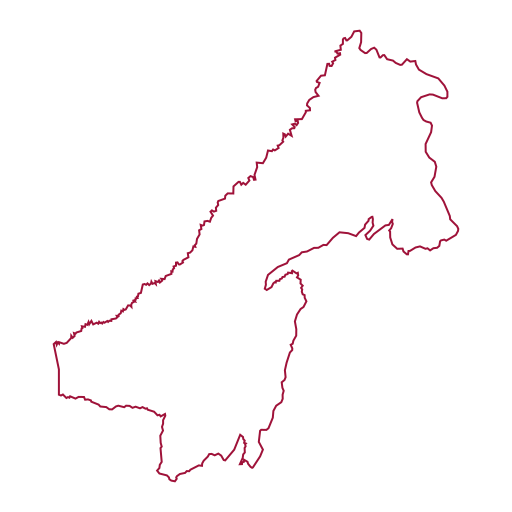 the district of Piedras, Tolima, Colombia
{"feature_id": "7082276B38653982306093", "entity_name": "Piedras", "entity_type": "district", "adm_level": 2, "iso_a3": "COL", "parent_name": "Colombia", "parent_adm1": "Tolima", "projection": "robinson", "projection_center": [-74.942, 4.491], "detail": "fine", "context": "isolated", "style": "outline", "palette": "rose", "viewbox_px": 512, "rotation_deg": 0, "n_neighbors": 0, "source": "geoboundaries", "source_scale": "gbopen_adm2", "svg_char_len": 6012}
<svg xmlns="http://www.w3.org/2000/svg" viewBox="0 0 512 512"><path d="M415.3,61.0L410.3,61.6L406.9,59.2L401.9,64.7L400.2,64.9L395.7,62.9L393.0,60.6L387.1,59.2L384.3,55.1L382.9,55.2L380.5,57.5L379.5,57.4L376.4,49.7L374.2,47.7L371.1,49.0L366.7,53.0L365.1,53.1L360.6,50.0L359.3,48.1L361.1,42.2L361.3,33.0L359.7,30.7L354.2,31.4L351.4,36.8L347.2,40.4L346.4,40.4L345.1,38.0L343.6,38.4L342.9,39.5L342.9,43.9L340.4,45.6L340.8,49.8L334.6,51.4L336.6,51.9L337.5,53.6L340.0,53.2L340.2,54.7L335.0,57.7L335.4,60.0L332.2,61.7L333.1,63.3L331.6,66.0L329.6,65.9L329.1,63.8L327.4,63.9L324.9,75.3L321.0,75.7L316.6,81.0L316.9,81.9L319.6,82.9L318.1,86.8L316.0,88.0L315.2,89.8L315.6,92.1L318.5,95.8L313.4,97.1L309.3,99.9L307.2,103.4L307.0,105.4L309.9,108.0L310.0,110.3L305.8,110.8L305.8,112.3L301.9,119.1L295.1,119.3L295.6,121.3L297.7,120.9L298.1,122.9L296.6,125.1L294.9,123.7L292.2,124.4L294.7,127.0L294.3,128.2L292.0,128.3L289.9,129.8L291.6,135.8L288.1,133.7L285.7,136.6L284.8,134.3L283.3,133.6L283.4,137.7L282.4,140.4L283.2,141.7L279.4,145.2L277.7,145.6L278.6,148.0L274.8,150.4L273.1,149.5L271.9,151.2L268.0,150.5L266.2,157.7L262.9,163.2L256.7,162.6L257.2,167.1L254.5,174.9L255.5,179.6L254.0,179.8L253.2,177.1L250.5,176.1L248.3,178.0L249.4,180.5L245.7,184.7L243.2,182.9L241.3,184.7L239.9,181.9L238.5,181.9L233.5,186.4L233.3,193.5L227.7,193.4L225.3,195.7L225.0,198.6L218.3,201.0L217.7,202.5L218.2,205.0L215.9,207.7L216.2,210.8L213.9,211.6L211.9,210.4L210.5,211.7L213.0,215.6L211.2,217.9L209.9,221.7L207.5,220.9L204.5,221.4L204.0,225.0L202.6,225.6L200.7,224.9L201.4,229.0L199.1,230.3L199.6,234.4L197.0,238.9L196.3,243.6L194.8,245.2L195.3,246.8L193.4,246.4L192.4,250.3L190.1,252.6L187.8,253.2L188.4,257.3L183.4,259.9L182.4,261.1L183.0,262.5L179.8,264.5L178.7,264.3L177.5,262.4L176.0,262.6L176.0,265.7L173.6,266.5L174.1,268.2L172.8,269.4L172.5,271.6L171.3,271.3L171.4,273.9L165.7,276.0L164.6,279.1L161.3,278.8L162.2,280.6L159.9,282.5L159.0,280.5L157.9,282.0L155.4,281.1L155.8,284.1L154.7,283.0L152.5,283.8L151.4,281.7L151.0,283.5L149.2,285.1L147.5,283.4L146.1,284.8L144.6,284.0L142.8,284.5L140.9,292.9L138.4,293.7L138.0,296.2L137.0,296.6L137.6,298.0L135.6,298.3L135.7,299.7L134.4,300.2L135.1,301.5L133.6,301.1L133.9,301.9L132.0,302.9L131.2,304.8L131.4,306.8L130.1,305.5L128.1,305.4L125.8,309.4L124.6,309.9L123.4,309.1L122.9,311.4L121.3,310.7L120.7,313.3L118.6,314.7L118.6,316.0L116.8,315.9L117.5,317.1L115.9,318.5L111.4,319.3L111.3,320.9L109.4,320.7L108.1,321.9L107.3,321.0L104.5,322.7L103.4,322.0L102.2,323.5L101.3,322.6L100.2,323.1L99.1,321.8L98.2,323.7L96.7,322.7L93.2,324.4L91.4,320.9L89.2,324.3L88.5,322.0L87.3,324.8L85.5,324.2L85.0,326.8L81.9,326.3L82.4,328.1L81.6,328.5L81.2,331.0L76.4,332.5L75.5,333.7L74.0,333.1L74.6,336.0L72.7,337.8L71.3,335.8L71.2,338.0L66.7,342.9L63.9,343.8L59.1,342.2L59.0,343.7L57.7,342.5L56.7,344.7L56.0,342.0L53.7,344.1L58.9,369.4L58.9,394.7L61.0,395.5L62.9,394.5L66.4,398.0L68.0,397.1L69.4,397.7L70.1,396.3L75.5,398.6L78.6,396.9L84.0,397.0L85.1,399.7L88.0,399.4L90.9,400.4L91.3,401.7L98.6,404.6L100.3,406.5L106.3,407.1L109.3,409.3L112.1,409.4L116.0,406.4L118.3,405.7L124.2,407.2L126.1,405.7L129.6,405.9L132.5,407.8L135.6,406.7L140.0,408.3L142.5,407.1L145.5,408.7L147.0,408.3L147.7,409.7L154.1,411.7L157.5,415.3L159.5,414.8L160.7,416.4L165.0,414.0L165.3,415.7L163.1,420.2L163.1,423.7L162.0,426.9L163.0,430.6L160.3,435.7L160.7,442.9L161.7,446.6L160.5,448.1L161.7,461.9L159.8,464.8L159.4,468.0L157.1,470.6L159.4,473.5L166.9,475.4L168.9,477.4L169.4,479.3L171.3,480.6L174.9,481.3L176.7,478.8L176.2,477.4L177.0,476.1L179.9,474.0L185.1,472.9L186.7,471.1L189.2,471.2L190.4,469.7L198.8,465.4L202.0,465.8L202.2,463.4L203.7,460.7L207.8,456.6L209.2,454.1L211.6,453.9L214.7,455.3L218.3,453.6L221.2,455.6L223.7,460.0L225.2,460.4L234.2,449.7L240.2,434.8L243.0,437.0L243.3,439.1L244.7,440.6L244.1,442.8L245.8,443.5L245.1,444.2L245.6,446.3L244.6,448.0L244.8,452.5L243.2,454.4L242.7,457.9L239.9,464.2L242.0,464.1L242.2,462.3L243.9,461.8L244.1,459.8L247.5,461.8L248.1,463.8L250.5,466.8L252.1,467.8L252.9,467.4L260.1,456.4L262.9,449.6L258.8,441.9L260.1,430.8L261.2,429.8L266.4,429.9L268.5,428.2L272.8,417.7L273.4,410.9L276.2,405.7L281.3,402.2L282.7,398.8L282.6,394.7L283.7,390.8L282.4,387.8L281.7,382.3L284.5,380.0L285.6,377.2L284.9,370.3L286.6,362.7L289.9,352.5L292.2,350.1L292.3,348.4L290.7,344.8L292.7,343.7L293.4,340.6L296.2,335.7L296.3,329.2L294.9,321.4L297.0,314.5L300.6,309.0L303.5,307.0L306.4,301.3L304.7,297.8L304.6,295.1L302.7,294.3L301.8,291.7L302.2,289.4L301.1,287.9L302.7,285.7L300.5,283.5L300.7,279.7L297.0,277.4L298.2,275.4L297.8,272.8L296.6,273.4L292.4,270.6L291.8,271.2L292.0,273.2L288.1,272.6L287.6,274.1L285.4,274.7L284.6,276.7L282.5,277.0L281.8,278.5L279.9,279.2L279.4,280.8L276.2,280.8L275.7,282.5L274.7,282.2L273.3,283.4L271.5,287.1L266.7,290.0L264.8,288.7L265.9,284.8L265.7,281.7L268.0,274.9L277.8,267.0L286.9,263.2L288.9,259.6L299.2,255.1L301.8,252.3L307.0,251.5L314.0,247.9L318.3,247.8L323.4,244.9L326.6,245.1L332.9,237.8L339.5,232.3L348.2,233.2L356.1,236.1L359.0,232.5L364.5,227.9L365.1,224.6L368.5,220.8L368.7,219.1L371.7,216.9L372.4,216.8L372.9,219.1L372.6,222.6L373.4,225.7L370.1,230.7L365.4,235.1L367.1,238.9L369.2,239.6L373.9,234.0L385.4,225.4L388.9,224.9L392.5,219.1L392.1,222.0L392.8,223.9L391.1,228.3L389.2,230.5L390.1,231.6L390.2,237.5L392.4,244.4L397.2,248.8L402.6,248.6L403.5,251.5L406.8,254.3L408.0,254.3L408.5,251.0L410.0,250.9L415.5,247.5L420.0,246.4L425.5,248.8L427.5,248.3L430.1,250.4L433.4,248.2L437.1,247.8L439.3,245.9L440.1,241.3L441.0,240.4L444.3,239.6L446.2,240.7L455.9,234.9L458.0,231.0L458.3,228.9L457.1,226.2L450.2,219.3L449.8,216.0L443.8,201.7L441.5,197.8L435.3,191.1L431.8,185.1L431.1,182.4L434.5,176.8L436.3,166.7L434.8,161.8L429.3,157.6L425.7,151.8L425.6,144.0L431.1,132.2L432.0,125.6L430.6,122.7L426.2,121.5L423.5,120.0L422.0,117.8L419.3,112.4L417.1,102.8L417.4,101.2L421.1,97.2L429.6,94.4L432.9,94.6L442.3,98.3L446.2,98.2L447.4,96.8L447.4,91.7L444.4,85.6L438.3,78.4L426.4,74.1L418.9,69.6L416.0,64.5L415.3,61.0Z" fill="none" stroke="#9f1239" stroke-width="2"/></svg>